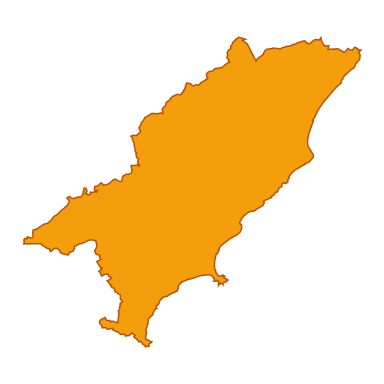 Kaikoura District, Canterbury, New Zealand (Robinson projection)
{"feature_id": "76426892B84594849147158", "entity_name": "Kaikoura District", "entity_type": "district", "adm_level": 2, "iso_a3": "NZL", "parent_name": "New Zealand", "parent_adm1": "Canterbury", "projection": "robinson", "projection_center": [173.63, -42.236], "detail": "fine", "context": "isolated", "style": "filled", "palette": "amber", "viewbox_px": 384, "rotation_deg": 0, "n_neighbors": 0, "source": "geoboundaries", "source_scale": "gbopen_adm2", "svg_char_len": 5912}
<svg xmlns="http://www.w3.org/2000/svg" viewBox="0 0 384 384"><path d="M47.0,248.3L49.2,248.7L50.0,249.8L49.8,250.8L50.6,251.6L54.3,248.5L56.0,248.2L57.3,248.5L59.7,250.4L60.2,252.2L61.9,253.5L67.8,255.0L68.4,254.8L69.8,252.3L73.3,251.1L73.5,249.8L74.4,248.8L74.4,246.7L76.4,245.4L80.1,243.6L81.7,243.7L83.0,242.6L84.4,242.5L88.5,240.2L91.9,239.9L95.6,240.8L96.8,244.4L96.7,246.3L96.3,248.0L94.9,250.2L94.7,251.4L96.4,254.5L98.8,254.8L99.8,255.5L100.0,256.0L99.4,256.8L99.5,257.6L100.9,259.4L96.7,261.6L100.8,268.0L102.0,268.1L101.1,269.2L101.4,269.7L98.8,271.3L100.4,272.8L100.4,273.6L101.7,276.1L104.9,274.3L108.0,274.2L108.9,276.5L110.5,277.0L111.4,278.0L109.7,279.6L107.1,280.8L111.1,285.4L110.6,285.6L112.0,287.6L113.9,288.1L114.7,289.1L114.6,290.6L115.4,292.0L117.7,292.9L117.9,293.7L119.9,294.6L120.4,295.7L120.3,298.9L121.0,300.0L121.8,300.2L122.1,301.5L122.5,301.9L120.4,303.1L120.0,304.1L120.5,305.6L119.6,306.4L119.6,309.5L118.3,310.7L118.9,314.4L117.6,323.0L112.8,321.2L110.7,321.7L110.2,320.5L107.7,320.6L106.4,320.2L105.0,317.5L104.5,318.1L102.5,318.7L99.9,320.5L99.5,322.5L99.8,323.4L101.2,324.9L102.4,327.4L102.2,327.7L106.1,327.7L106.8,329.0L108.8,329.2L112.6,328.3L113.1,330.2L118.2,332.3L120.5,334.4L124.8,334.2L125.4,335.2L125.2,335.8L125.7,336.1L128.4,335.3L129.5,336.0L129.1,335.5L132.0,333.0L134.1,335.0L135.1,335.2L133.9,336.8L134.7,337.9L135.5,338.0L136.6,339.3L137.7,339.8L138.9,341.9L140.1,341.4L141.5,342.1L142.8,344.2L144.2,344.9L145.6,346.8L147.0,346.1L148.8,346.6L149.1,345.5L148.8,344.2L151.8,342.2L151.9,341.5L150.4,341.7L149.6,340.8L147.2,339.9L145.9,338.9L145.5,337.3L146.6,332.8L145.9,329.6L146.1,328.4L146.9,327.4L147.1,325.1L148.1,323.7L147.8,322.3L148.6,318.8L149.8,317.8L150.1,316.9L152.6,315.1L153.0,314.0L152.8,313.6L154.6,310.2L155.6,308.9L156.8,308.5L156.1,307.8L156.2,306.0L157.8,305.0L159.0,303.2L160.0,300.3L163.5,296.8L164.4,296.9L165.5,296.3L166.9,296.5L169.9,294.3L170.8,294.0L171.9,292.9L174.5,292.7L174.8,291.7L177.0,291.4L177.3,290.0L178.2,288.9L178.3,286.7L179.1,284.6L181.6,282.5L181.3,282.3L188.2,279.4L192.8,278.3L199.4,275.9L208.0,274.7L210.8,275.1L212.3,276.1L213.2,277.6L214.2,278.4L214.3,280.1L214.9,281.0L214.2,281.2L214.9,281.4L216.4,280.6L216.9,281.3L218.4,281.1L218.6,282.7L219.2,283.1L218.4,284.0L218.4,285.3L218.9,284.5L220.0,284.3L220.3,283.3L222.3,283.6L223.0,284.6L223.0,283.0L225.7,281.7L226.3,281.9L226.9,280.7L227.9,280.3L227.8,279.6L224.3,278.2L223.7,277.5L224.7,276.5L223.9,276.4L223.9,275.7L222.7,275.8L222.7,275.1L220.2,276.2L218.4,275.7L215.9,272.5L215.7,270.7L214.9,269.4L214.4,265.8L214.8,260.1L216.2,254.1L216.6,253.4L217.3,253.7L219.1,250.0L218.4,249.8L218.6,249.2L220.6,246.2L224.0,243.2L230.7,238.2L237.2,234.8L240.2,231.9L241.6,228.7L241.7,226.8L241.4,224.7L239.8,223.5L239.7,222.4L241.9,218.2L244.1,215.7L248.3,212.3L250.4,211.4L253.6,211.2L255.4,210.3L257.1,208.8L262.8,205.6L264.4,202.7L263.4,201.6L263.5,201.0L271.6,197.5L271.9,196.3L271.6,196.0L273.5,195.3L276.2,191.9L277.7,191.9L278.0,190.3L279.2,188.0L281.9,186.5L281.7,184.9L282.0,183.9L284.1,182.8L286.0,183.5L288.0,181.7L287.5,180.2L288.0,179.2L289.1,178.7L289.0,176.4L292.3,172.4L295.3,169.8L305.4,164.0L305.2,163.7L309.2,162.0L313.4,157.1L313.5,155.2L307.8,145.8L307.5,142.0L307.9,138.2L309.2,132.4L313.4,120.9L312.4,120.6L312.7,119.9L313.3,119.6L314.9,116.8L318.1,109.9L323.8,101.8L335.9,87.5L341.2,82.9L340.9,81.7L341.2,80.9L342.7,79.2L342.8,78.1L344.8,75.4L351.5,69.3L353.7,68.1L354.8,66.6L355.8,63.8L359.7,59.3L360.1,54.8L358.7,52.2L361.0,50.1L357.6,49.6L357.7,48.9L355.6,47.4L354.3,47.6L353.0,49.5L351.6,50.2L350.2,50.1L347.9,48.4L345.2,51.9L344.1,52.3L338.0,48.8L327.9,49.4L328.8,45.8L325.1,46.0L323.3,44.5L321.4,40.4L320.9,37.7L319.2,40.0L315.2,39.5L311.9,41.7L310.0,43.5L307.5,43.7L307.5,43.0L305.7,42.2L305.1,41.0L303.9,40.9L297.0,43.0L296.5,43.6L292.3,44.8L289.3,46.3L287.6,46.2L282.5,47.7L279.6,49.3L279.0,48.7L273.0,48.0L272.5,48.5L266.6,49.3L264.9,50.7L262.9,54.7L257.4,58.7L256.0,61.1L247.3,44.0L242.4,40.5L245.5,39.3L238.7,37.2L237.5,38.4L235.8,39.1L234.8,40.7L232.6,42.5L232.6,43.8L230.6,46.4L230.8,48.6L228.3,50.4L227.2,52.8L227.6,56.1L226.8,57.5L228.9,60.4L228.6,61.3L229.5,61.6L229.4,62.3L226.1,63.9L221.8,67.6L214.8,68.7L212.5,71.2L209.8,71.4L207.6,72.4L206.4,74.5L206.7,76.5L207.6,77.6L207.4,78.9L205.6,79.4L205.2,80.4L200.7,82.8L200.1,83.9L198.0,85.2L195.6,84.8L194.2,85.7L192.6,85.8L190.5,83.7L187.1,82.9L186.0,84.4L185.4,86.2L185.6,87.0L184.7,88.4L184.8,89.1L183.6,90.3L183.7,91.6L182.1,92.5L181.3,94.6L176.5,94.5L173.8,96.1L172.4,96.3L171.3,98.0L170.4,98.4L169.5,100.4L167.4,101.4L167.3,102.1L166.2,102.4L165.4,106.0L163.2,107.6L162.2,109.6L162.8,111.5L163.0,113.6L160.5,112.9L157.9,113.7L151.8,113.4L144.7,117.8L143.0,121.1L141.6,122.2L139.9,126.7L139.0,127.6L139.5,129.7L140.6,131.0L139.9,132.7L136.1,135.6L133.5,135.2L130.9,136.2L132.4,137.6L132.4,139.6L134.4,143.7L134.1,145.8L134.9,147.8L135.1,151.6L136.6,152.8L135.9,154.0L136.7,157.5L138.5,158.9L137.6,161.8L138.0,163.6L139.3,164.8L139.1,166.1L137.4,165.0L135.1,165.5L131.3,165.4L131.1,166.1L132.1,170.8L131.5,172.8L128.6,174.3L125.8,174.4L123.4,175.9L122.4,177.1L122.0,180.6L121.0,181.5L119.2,181.4L115.3,179.1L113.4,179.8L108.4,184.0L105.9,184.8L103.5,185.2L102.1,183.3L100.7,182.9L99.3,184.8L97.5,186.1L94.7,186.5L94.3,189.2L95.0,190.5L96.0,190.9L97.5,190.4L96.6,192.2L94.6,191.6L92.1,192.6L90.4,192.1L90.0,194.5L88.2,195.0L87.0,193.9L85.6,193.5L85.5,192.8L86.8,191.8L87.0,190.9L86.1,188.5L84.5,188.0L83.6,189.1L83.9,190.6L83.0,192.0L83.1,194.2L81.4,196.8L78.1,197.0L73.3,198.6L70.6,197.8L70.0,196.5L67.2,197.5L67.0,198.3L69.1,200.5L69.4,201.4L67.2,205.7L65.5,206.7L64.3,208.3L62.4,209.5L57.1,214.5L53.6,216.7L51.4,219.9L47.4,223.4L44.1,224.1L36.7,229.0L33.2,229.9L32.6,232.5L33.2,236.3L32.7,237.5L31.5,238.1L27.4,236.8L27.0,237.1L27.3,238.2L27.0,238.8L24.9,238.4L23.8,239.9L24.4,243.2L23.0,243.8L40.3,243.7L47.0,248.3Z" fill="#f59e0b" stroke="#b45309" stroke-width="1.5"/></svg>